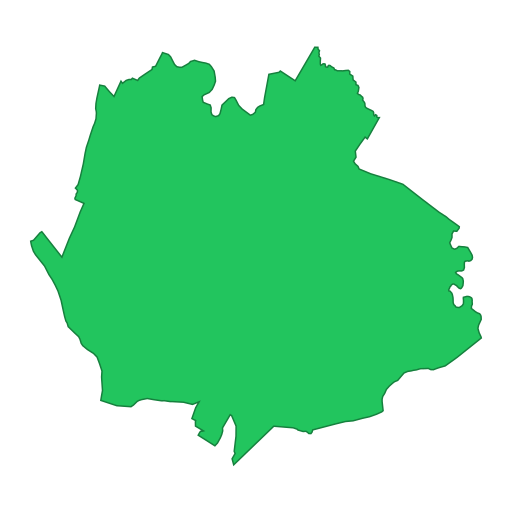 Barsa, Arad, Romania
{"feature_id": "2599482B4911950613954", "entity_name": "Barsa", "entity_type": "district", "adm_level": 2, "iso_a3": "ROU", "parent_name": "Romania", "parent_adm1": "Arad", "projection": "albers", "projection_center": [22.056, 46.377], "detail": "fine", "context": "isolated", "style": "filled", "palette": "green", "viewbox_px": 512, "rotation_deg": 0, "n_neighbors": 0, "source": "geoboundaries", "source_scale": "gbopen_adm2", "svg_char_len": 5177}
<svg xmlns="http://www.w3.org/2000/svg" viewBox="0 0 512 512"><path d="M481.3,338.0L481.0,336.8L479.1,332.7L477.9,328.3L478.6,325.1L481.2,319.4L481.1,316.7L480.7,315.2L479.6,313.7L479.0,313.5L478.4,313.2L477.7,313.1L476.6,312.4L475.4,311.7L473.2,309.9L472.3,309.2L471.3,308.4L471.5,306.9L471.5,305.6L472.2,304.8L472.3,303.6L472.1,301.7L472.2,300.6L472.0,298.8L471.6,298.0L470.6,297.3L469.4,296.7L467.9,296.4L466.8,296.4L465.4,296.8L463.4,297.3L463.3,298.4L463.5,300.2L463.5,302.4L463.3,304.1L462.0,305.8L460.6,306.7L459.3,307.5L458.5,307.5L457.8,307.4L456.4,307.2L455.7,306.8L455.2,305.9L453.8,304.6L453.2,302.8L453.1,301.5L453.1,300.1L453.0,297.8L452.7,296.2L452.3,294.4L451.7,293.0L451.2,292.6L450.3,291.3L448.9,290.9L448.7,289.8L449.5,288.2L449.8,287.1L450.6,286.3L451.3,285.1L452.6,284.1L453.9,284.0L455.4,285.0L456.7,285.6L457.2,286.5L458.2,287.3L459.1,288.2L460.5,288.7L461.1,288.4L462.1,287.1L462.9,285.6L463.2,283.0L463.3,281.1L462.7,278.5L461.9,277.6L460.4,276.5L458.2,274.9L456.4,273.8L455.6,272.4L457.3,271.2L458.8,270.9L461.8,270.9L463.6,270.0L464.4,267.5L464.3,264.6L464.4,262.2L465.2,261.2L467.8,260.8L468.9,261.2L470.7,260.6L472.1,259.2L472.5,257.4L472.1,255.2L470.6,252.4L467.7,247.5L464.7,246.9L461.6,246.7L458.9,246.4L456.7,248.4L454.6,249.2L452.0,248.0L450.8,245.5L449.7,242.8L451.1,239.9L452.0,237.4L452.0,233.9L453.6,231.0L456.8,231.3L459.1,228.2L459.3,226.7L457.3,225.2L449.0,219.3L446.4,217.0L439.0,212.2L422.5,199.6L402.9,184.3L389.1,179.5L370.4,173.7L359.1,169.0L358.0,166.4L355.1,163.8L353.5,161.2L356.0,157.2L355.3,151.1L360.0,144.1L365.1,137.1L367.3,138.9L367.9,137.9L379.3,117.6L377.7,117.6L376.7,116.8L376.8,115.5L375.6,114.7L374.4,115.9L373.7,114.8L373.6,112.5L373.1,111.4L371.4,110.4L369.4,109.5L367.6,108.6L366.4,108.0L365.3,106.9L365.0,105.8L364.9,104.3L364.8,103.2L364.0,101.8L362.6,100.1L363.0,98.8L362.7,97.3L361.4,96.2L360.2,95.0L358.7,94.5L357.4,93.4L358.3,91.3L358.9,87.5L358.6,86.9L358.4,86.2L357.9,85.4L356.0,84.7L355.9,82.1L353.1,79.9L352.8,76.1L349.7,74.0L349.8,71.5L348.3,70.3L345.6,70.5L342.6,70.9L341.4,70.8L340.1,70.8L337.4,70.8L335.6,69.9L334.6,69.7L333.8,67.9L332.7,67.4L331.2,66.5L330.2,65.6L328.9,65.3L328.2,65.8L327.7,67.1L326.5,67.1L325.5,66.7L325.4,65.1L324.9,63.9L323.1,63.8L321.7,64.9L320.8,65.3L320.3,64.1L320.3,61.4L320.5,58.1L318.8,56.1L319.3,54.6L318.9,52.7L319.5,50.7L318.1,49.2L317.9,47.3L316.2,47.3L314.8,47.2L305.0,64.0L295.2,80.8L280.3,71.0L279.1,72.3L268.9,74.3L264.6,97.5L263.6,104.5L259.8,106.0L257.6,107.4L255.9,109.6L255.3,112.3L252.9,114.3L250.4,115.2L242.2,109.1L238.7,105.4L237.3,102.7L236.1,100.3L234.5,97.6L231.9,97.2L228.8,98.6L225.9,101.4L222.0,105.1L221.2,109.0L220.0,113.7L218.5,115.7L215.6,116.6L213.6,115.9L211.9,114.7L211.0,111.9L211.1,107.8L210.2,105.0L207.5,104.1L203.2,102.3L202.6,100.2L202.1,96.6L204.1,94.8L209.2,92.5L212.2,89.3L214.2,85.0L215.5,81.2L215.2,77.3L214.1,71.0L211.4,66.7L209.3,64.3L205.8,63.1L202.4,62.5L198.8,61.7L194.5,60.3L192.7,60.9L190.5,61.5L188.8,63.4L185.9,65.1L181.9,67.3L179.7,67.3L176.8,66.7L174.5,64.4L172.9,61.3L170.6,56.8L168.4,54.5L162.5,52.6L162.0,53.8L160.0,57.6L155.6,66.3L152.5,67.0L152.0,69.5L145.1,74.1L139.4,78.0L138.1,79.7L137.7,80.5L132.4,78.2L131.3,79.5L128.9,79.5L126.2,80.4L122.5,83.3L121.0,81.2L114.0,96.5L109.5,91.8L104.7,86.1L99.7,85.1L99.6,85.8L96.9,98.1L96.0,103.4L95.7,108.6L96.3,111.7L96.4,113.3L96.0,118.8L94.6,123.4L93.2,126.5L90.4,134.9L88.8,140.2L86.4,147.3L85.1,153.4L83.3,164.0L80.4,176.6L78.1,184.6L75.4,188.1L76.6,189.3L77.2,189.9L77.5,190.8L77.3,192.4L76.1,194.1L76.2,195.4L75.7,196.5L74.9,198.2L75.2,199.5L84.0,203.4L80.2,212.0L74.6,227.0L69.4,238.2L61.9,257.2L46.3,237.4L45.0,235.7L43.2,233.4L41.8,231.7L40.0,232.8L33.5,240.3L31.9,240.8L30.7,241.2L31.1,243.5L31.6,245.8L32.5,248.5L33.4,251.2L35.5,254.7L44.6,266.1L49.0,274.7L52.2,279.5L55.3,285.3L58.0,291.0L61.1,300.3L63.2,310.1L64.6,316.4L65.9,321.0L67.1,322.9L67.8,325.2L68.2,326.7L69.0,327.4L70.8,329.2L73.4,331.7L74.7,333.0L78.7,336.7L80.0,339.3L81.2,343.3L82.8,345.7L87.4,349.5L93.5,353.4L97.1,357.1L99.6,363.8L102.0,371.1L101.6,376.9L101.8,380.3L101.9,381.5L102.5,390.6L101.6,395.5L100.8,400.4L116.8,405.7L131.0,406.7L133.5,405.0L137.2,401.4L139.1,400.4L141.6,399.6L147.3,398.5L153.5,399.6L161.6,400.8L164.4,400.7L170.3,401.6L172.6,401.6L183.4,402.2L192.5,404.4L199.1,401.8L195.7,407.7L194.9,410.0L191.9,418.6L195.7,420.6L195.4,421.8L195.5,426.1L203.5,430.9L202.5,431.2L200.6,431.3L199.8,432.3L198.2,435.2L214.9,445.8L217.5,443.0L220.3,437.9L221.7,434.6L222.7,430.9L222.5,427.9L230.2,414.7L231.7,415.7L236.1,426.1L236.0,436.3L234.2,451.3L235.1,453.5L232.1,458.8L233.7,464.8L273.8,426.2L293.2,427.8L297.2,429.2L297.9,430.0L303.1,431.5L306.0,431.3L307.6,432.4L308.8,433.5L310.9,433.6L312.0,432.2L312.7,429.9L335.6,423.9L345.5,421.5L353.1,420.8L362.4,418.3L369.6,416.7L376.6,414.2L381.7,411.9L383.1,410.7L382.7,407.0L382.1,401.5L382.1,399.2L382.7,396.5L384.7,393.3L386.4,389.4L389.3,386.1L392.3,383.4L394.5,381.7L397.7,380.4L400.9,376.6L404.0,373.0L407.7,371.4L411.1,370.9L413.5,370.3L416.3,369.9L420.4,368.7L424.8,368.6L428.3,368.4L430.7,369.6L433.4,369.7L437.1,368.3L439.5,367.5L445.2,365.9L457.0,357.4L481.3,338.0Z" fill="#22c55e" stroke="#15803d" stroke-width="1.5"/></svg>